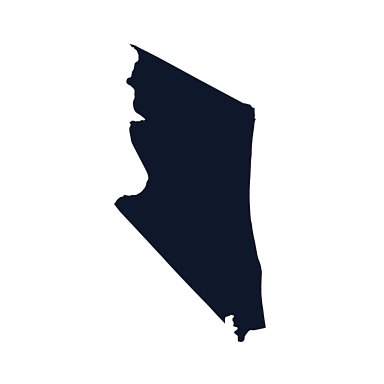 Conceição da Barra, Espírito Santo, Brazil, rotated 348°
{"feature_id": "56859067B74705866217996", "entity_name": "Conceição da Barra", "entity_type": "district", "adm_level": 2, "iso_a3": "BRA", "parent_name": "Brazil", "parent_adm1": "Espírito Santo", "projection": "equal_earth", "projection_center": [-39.838, -18.451], "detail": "fine", "context": "isolated", "style": "filled", "palette": "ink", "viewbox_px": 384, "rotation_deg": 348, "n_neighbors": 0, "source": "geoboundaries", "source_scale": "gbopen_adm2", "svg_char_len": 3260}
<svg xmlns="http://www.w3.org/2000/svg" viewBox="0 0 384 384"><g transform="rotate(348 192 192)"><path d="M165.8,37.2L165.9,39.2L166.9,40.3L168.0,41.8L168.6,44.6L168.9,47.4L168.4,49.1L168.3,50.8L167.0,53.0L165.7,53.8L164.4,54.0L163.2,55.0L162.5,56.9L161.5,59.3L160.6,60.9L159.1,62.2L157.9,65.1L157.0,67.3L155.4,67.8L153.1,68.0L151.9,69.3L151.3,71.3L152.5,73.2L154.0,74.0L155.0,75.5L156.2,77.0L157.6,79.3L157.6,82.1L156.7,84.3L156.5,87.0L156.0,88.6L154.6,90.3L153.7,92.1L153.3,93.8L153.1,96.2L153.2,99.1L154.1,101.6L155.4,103.2L156.9,104.5L158.3,105.9L159.5,107.3L161.0,109.2L162.6,111.2L160.8,112.9L159.0,112.5L157.5,111.9L155.6,112.8L154.2,112.3L152.5,112.1L150.9,111.9L149.8,111.0L148.2,110.6L146.2,111.4L146.9,113.1L146.1,115.1L144.7,116.7L144.2,118.9L144.1,121.4L144.1,123.7L144.0,126.2L143.9,128.9L144.1,131.4L144.8,134.1L145.3,136.1L145.8,137.9L146.3,139.5L146.7,141.1L147.3,143.3L147.9,145.5L148.6,148.1L149.3,150.4L150.0,153.2L150.5,154.9L151.0,156.6L151.4,158.2L152.4,161.8L152.8,163.6L153.2,166.8L152.9,170.1L151.7,171.8L150.2,173.3L149.3,175.7L148.0,177.7L146.9,178.9L145.6,179.8L144.3,181.0L142.9,181.9L141.3,182.6L139.3,183.3L137.5,183.9L135.2,183.9L132.7,183.2L130.0,183.5L128.0,182.7L126.6,182.2L125.2,181.5L124.3,182.7L122.6,182.9L121.1,182.8L119.1,183.7L117.2,184.9L115.6,186.8L114.2,187.8L118.1,195.9L124.9,207.1L128.6,213.2L129.6,214.9L134.1,222.5L136.7,226.7L143.2,237.7L151.2,251.0L152.6,253.5L153.6,255.2L163.1,271.1L165.0,274.2L174.2,289.1L185.2,306.6L191.9,318.0L196.6,325.6L197.1,322.8L198.4,320.4L200.5,320.3L202.8,320.1L204.3,319.4L206.1,320.0L208.3,321.4L207.7,323.7L206.1,324.3L205.6,326.0L206.2,327.7L206.4,329.4L205.3,331.3L206.6,332.3L208.7,332.9L209.2,335.0L208.1,336.6L206.6,337.2L204.7,338.1L205.8,339.9L207.0,341.0L207.6,342.8L207.2,344.5L206.7,347.2L208.4,348.0L210.1,348.2L211.6,347.4L212.3,345.7L213.0,343.7L214.1,342.6L215.6,341.2L216.7,340.3L217.8,339.4L219.4,338.6L220.8,338.4L222.9,339.1L224.7,339.4L230.6,339.4L233.6,339.4L235.2,339.4L235.4,337.5L235.4,335.4L235.6,333.1L235.7,330.6L235.9,328.2L236.1,325.7L236.3,323.4L236.5,321.2L236.7,318.3L236.7,316.6L236.9,314.7L237.3,311.6L237.5,309.4L237.8,307.1L238.1,305.2L238.6,302.6L239.0,300.9L239.4,298.6L239.8,297.0L240.4,294.9L240.8,292.9L241.3,291.0L241.9,288.9L242.5,286.5L243.0,284.3L243.1,281.9L243.2,278.5L243.0,276.0L242.7,273.6L242.3,271.3L242.1,268.6L242.1,266.2L242.2,264.4L242.2,262.3L242.3,259.5L242.4,256.4L242.5,253.7L242.4,250.8L242.4,247.2L242.5,245.0L242.7,240.0L243.0,236.9L243.1,235.1L243.0,232.9L243.2,230.2L243.5,227.9L243.8,225.1L244.2,222.7L244.6,220.1L245.2,216.4L245.4,214.6L245.9,212.3L246.3,210.0L246.6,208.3L247.2,206.0L247.9,202.6L248.5,200.2L249.1,197.8L249.8,195.0L250.4,192.8L251.2,190.2L251.8,187.8L252.2,186.3L252.7,184.5L253.3,182.2L253.9,180.0L254.5,177.5L255.1,174.9L255.6,173.0L256.4,170.7L257.0,168.9L257.6,166.8L258.2,164.1L259.5,159.0L260.3,156.3L261.2,153.6L261.8,151.5L262.8,148.9L263.5,146.6L264.1,145.1L264.9,143.0L265.6,141.1L266.1,139.1L266.7,137.5L267.6,135.2L268.6,134.0L267.6,132.7L268.7,130.2L269.1,126.6L269.8,123.4L267.8,122.2L266.7,119.4L261.7,116.9L260.4,116.6L222.2,84.4L200.6,65.9L184.7,52.4L165.8,37.2ZM163.3,35.8L164.0,37.3L165.8,37.2L163.3,35.8Z" fill="#0f172a" stroke="#020617" stroke-width="1.5"/></g></svg>